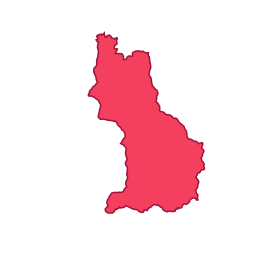 São Carlos, São Paulo, Brazil (orthographic projection), rotated 332°
{"feature_id": "56859067B32225798808960", "entity_name": "São Carlos", "entity_type": "district", "adm_level": 2, "iso_a3": "BRA", "parent_name": "Brazil", "parent_adm1": "São Paulo", "projection": "orthographic", "projection_center": [-47.873, -21.879], "detail": "fine", "context": "isolated", "style": "filled", "palette": "rose", "viewbox_px": 256, "rotation_deg": 332, "n_neighbors": 0, "source": "geoboundaries", "source_scale": "gbopen_adm2", "svg_char_len": 5326}
<svg xmlns="http://www.w3.org/2000/svg" viewBox="0 0 256 256"><g transform="rotate(332 128 128)"><path d="M108.2,81.0L108.9,81.7L109.8,82.0L111.1,83.1L112.2,84.6L113.1,85.7L113.5,87.3L114.5,88.7L114.7,90.6L114.7,92.0L114.8,94.0L114.6,95.1L106.9,104.1L107.2,105.9L107.8,107.5L109.2,108.0L110.1,108.4L111.2,109.1L112.2,110.2L113.2,110.8L114.1,112.1L115.2,112.3L116.3,113.4L117.6,114.1L118.5,115.4L119.7,115.9L120.5,117.2L120.4,118.6L120.5,120.5L120.7,121.9L121.4,123.3L121.8,124.8L121.6,126.7L122.3,127.7L122.9,129.0L122.6,130.8L122.3,132.4L121.8,133.7L120.7,135.1L119.4,135.3L118.5,135.7L117.6,136.0L116.8,136.9L115.6,137.7L114.2,138.2L114.9,139.4L116.1,140.6L116.2,141.9L116.7,143.2L116.8,144.2L116.6,145.6L115.3,147.3L114.5,148.2L113.8,149.7L113.3,151.1L113.0,152.5L113.0,153.6L112.7,154.6L112.4,155.5L110.7,156.4L109.3,157.7L108.7,159.1L108.7,160.2L109.0,161.6L108.7,163.0L108.3,164.0L107.6,164.8L107.1,165.8L106.5,166.6L105.6,167.5L104.9,168.6L104.9,170.1L104.4,171.4L103.8,172.4L102.8,173.2L101.6,173.9L100.9,174.5L100.2,175.6L99.7,176.6L99.3,178.0L99.1,179.5L97.7,179.7L96.6,180.1L95.7,180.4L94.5,181.7L93.2,182.0L91.8,181.6L90.5,180.9L89.1,180.1L87.9,179.9L87.0,179.2L85.7,178.4L84.2,178.1L83.0,177.8L81.9,178.3L80.0,179.4L79.0,179.9L78.2,180.7L77.3,181.3L76.2,181.8L75.5,182.5L74.6,183.5L74.0,184.9L73.8,186.2L73.6,187.8L72.3,187.9L70.9,188.4L70.0,188.7L69.3,189.9L69.3,191.7L69.9,192.8L70.5,193.6L71.4,194.2L72.9,194.9L74.3,195.6L75.7,195.6L76.8,195.0L77.7,194.7L78.4,193.8L80.1,194.5L82.1,194.4L83.3,193.8L83.5,194.9L86.1,195.9L88.2,196.1L89.5,195.8L90.4,196.4L91.2,197.5L92.0,198.7L92.7,199.5L93.4,200.7L94.5,202.1L95.7,203.0L97.0,203.8L98.0,204.9L98.3,206.5L99.3,207.8L100.4,209.0L101.8,209.5L102.9,209.1L103.7,208.0L105.2,208.7L106.0,209.9L107.3,209.4L108.3,208.5L109.4,208.5L110.7,208.7L112.2,208.2L114.4,207.6L115.7,208.4L116.5,209.0L117.4,209.9L118.7,210.7L119.3,212.0L119.5,213.0L120.6,213.8L120.7,215.3L120.4,216.3L121.0,217.4L121.6,218.6L122.4,219.4L123.3,220.5L124.4,220.4L125.4,220.8L126.3,221.2L127.3,222.2L128.9,223.1L129.9,223.3L130.8,223.4L131.5,222.2L132.7,222.2L133.7,222.8L133.9,221.8L134.9,222.2L136.0,223.1L137.2,223.4L138.4,223.2L139.5,222.3L140.3,221.7L141.5,221.1L142.5,221.7L143.1,222.5L144.2,222.8L146.2,222.6L147.3,222.2L148.8,220.9L150.0,220.3L152.1,220.2L153.4,220.8L154.3,221.6L154.7,222.5L154.7,223.8L156.0,224.3L156.1,223.3L156.7,221.8L157.7,220.9L158.3,219.8L158.0,218.7L157.8,217.5L158.2,216.2L158.9,214.5L160.3,213.8L161.4,213.2L162.3,212.0L163.3,210.5L164.6,209.6L165.3,208.3L165.4,207.1L165.1,206.1L165.1,204.5L164.6,203.1L165.7,202.6L166.7,202.2L167.9,201.0L168.9,200.6L170.1,201.1L171.0,200.7L172.0,200.0L173.1,199.4L174.3,199.9L175.5,200.4L176.5,199.7L176.8,198.7L177.2,196.7L178.3,196.0L178.2,194.7L178.4,193.5L178.0,192.4L177.9,191.0L178.3,189.7L178.9,188.3L180.5,187.6L181.4,186.5L182.1,185.5L183.4,184.7L184.4,183.8L184.1,182.0L183.6,180.6L184.2,179.5L185.3,178.6L186.7,177.0L186.7,175.9L185.6,175.4L184.5,175.2L183.5,175.3L182.8,174.1L182.2,172.2L181.1,171.2L179.7,170.1L179.1,168.7L178.4,167.6L177.6,167.0L176.4,166.1L176.0,165.0L176.1,163.7L176.3,162.4L177.1,161.3L177.5,160.2L177.8,159.3L178.0,158.1L178.0,156.9L177.7,155.4L177.9,154.0L178.2,153.0L177.9,152.0L177.4,151.0L177.0,149.6L176.2,148.3L175.9,147.0L175.7,145.4L175.7,144.1L175.5,142.8L174.8,141.6L173.7,141.7L173.0,141.0L172.6,140.1L172.2,138.3L171.6,136.9L170.9,136.1L170.1,135.3L168.5,134.5L167.4,133.1L167.2,131.2L166.1,130.0L165.0,129.1L164.1,127.9L164.2,126.8L165.1,126.0L165.6,124.8L166.2,123.4L166.0,122.4L166.0,120.9L165.8,119.4L165.1,118.2L165.8,116.9L166.9,115.9L167.5,114.8L168.2,113.5L169.0,112.9L170.7,111.7L170.9,110.6L171.2,109.2L171.2,108.0L170.6,107.1L170.0,105.3L169.9,103.7L169.6,102.5L169.4,101.4L169.9,100.5L170.2,98.9L170.8,97.3L171.4,95.8L171.8,94.4L171.7,93.0L171.6,91.9L171.6,90.8L172.4,89.5L173.2,88.7L173.9,87.7L174.6,86.9L175.6,86.3L176.4,85.4L176.9,84.3L177.3,83.3L177.8,82.2L178.2,80.4L178.4,79.3L179.2,78.0L179.8,76.4L180.2,75.0L179.9,73.7L180.4,72.4L181.3,71.1L179.3,70.1L178.1,69.1L177.8,68.2L177.3,67.3L176.4,66.9L175.1,66.5L174.1,65.1L172.7,64.7L171.4,63.8L168.8,63.6L167.7,63.6L166.6,64.5L166.2,66.0L165.5,66.5L164.4,66.2L163.1,65.0L162.2,64.8L161.2,64.9L160.2,65.3L158.9,66.2L157.8,66.4L156.2,65.4L157.2,63.7L157.6,62.5L157.7,61.0L157.4,59.5L156.6,59.0L154.9,58.0L153.7,57.2L151.9,56.4L152.7,55.4L154.6,54.3L155.8,53.4L154.9,52.6L153.2,51.6L153.5,50.4L154.7,49.6L155.8,48.5L157.3,48.9L158.1,47.7L158.8,46.0L159.3,44.6L160.5,44.4L160.6,43.1L159.2,42.8L157.9,43.1L157.0,41.9L155.8,40.7L156.1,39.6L155.7,38.7L155.3,37.4L154.3,37.0L153.1,36.7L151.8,37.5L150.7,37.4L150.4,36.5L150.9,35.2L151.0,34.2L151.6,33.0L149.6,33.8L148.8,32.7L147.7,33.2L146.8,31.9L145.6,32.2L144.4,31.7L143.2,32.7L143.9,33.7L142.8,35.3L141.3,35.1L141.2,36.3L141.5,37.4L142.4,38.2L141.0,39.6L140.4,40.5L139.7,41.3L138.8,42.5L138.6,43.9L138.2,45.6L137.7,46.6L137.1,47.6L136.4,48.6L135.8,49.6L135.0,50.7L134.3,51.4L133.6,52.0L132.9,52.8L131.7,54.3L130.9,55.8L130.5,56.8L129.6,57.9L128.6,58.6L127.3,58.9L126.3,59.2L125.3,60.3L124.1,62.4L123.9,64.0L123.8,66.3L123.5,68.3L122.6,70.8L122.6,72.2L122.7,73.3L121.3,73.7L120.0,74.3L118.6,75.1L116.9,75.0L115.5,75.7L114.6,76.2L113.6,76.6L111.7,77.2L110.9,77.9L110.4,78.9L109.6,79.3L108.7,79.9L108.2,81.0Z" fill="#f43f5e" stroke="#9f1239" stroke-width="1.5"/></g></svg>